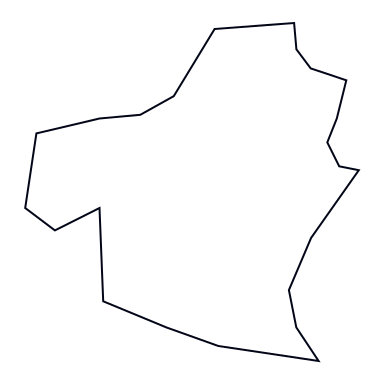 Kataliontas, Nicosia, Cyprus
{"feature_id": "46923920B20268452338603", "entity_name": "Kataliontas", "entity_type": "district", "adm_level": 2, "iso_a3": "CYP", "parent_name": "Cyprus", "parent_adm1": "Nicosia", "projection": "mercator", "projection_center": [33.308, 34.99], "detail": "fine", "context": "isolated", "style": "outline", "palette": "ink", "viewbox_px": 384, "rotation_deg": 0, "n_neighbors": 0, "source": "geoboundaries", "source_scale": "gbopen_adm2", "svg_char_len": 404}
<svg xmlns="http://www.w3.org/2000/svg" viewBox="0 0 384 384"><path d="M358.8,170.2L339.2,166.3L327.3,142.4L336.8,118.5L346.3,80.3L310.7,68.4L296.4,49.3L294.1,23.0L214.6,29.0L173.8,96.1L140.3,114.8L99.5,118.5L36.4,133.4L25.2,208.0L54.9,230.4L99.5,208.0L103.2,301.3L166.3,327.4L218.3,346.0L318.6,361.0L296.3,327.4L288.9,290.1L311.1,237.9L358.8,170.2Z" fill="none" stroke="#020617" stroke-width="2"/></svg>